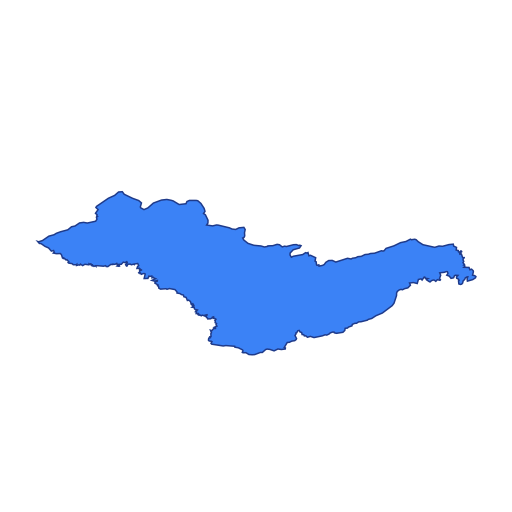 the district of Buhigwe, Kigoma, United Republic of Tanzania, rotated 255°
{"feature_id": "72390352B43433883631580", "entity_name": "Buhigwe", "entity_type": "district", "adm_level": 2, "iso_a3": "TZA", "parent_name": "United Republic of Tanzania", "parent_adm1": "Kigoma", "projection": "equal_earth", "projection_center": [29.939, -4.477], "detail": "fine", "context": "isolated", "style": "filled", "palette": "blue", "viewbox_px": 512, "rotation_deg": 255, "n_neighbors": 0, "source": "geoboundaries", "source_scale": "gbopen_adm2", "svg_char_len": 6103}
<svg xmlns="http://www.w3.org/2000/svg" viewBox="0 0 512 512"><g transform="rotate(255 256 256)"><path d="M324.3,214.2L325.0,213.1L326.9,206.1L326.5,203.4L324.6,201.9L325.6,195.1L330.7,190.2L331.8,188.4L333.7,184.5L334.5,179.2L333.7,170.6L330.4,163.9L329.8,159.8L332.5,157.0L333.4,157.0L336.9,159.1L339.9,157.1L343.6,151.8L349.7,144.7L352.7,143.5L353.4,139.8L351.1,135.1L350.0,128.4L345.2,114.8L344.3,113.9L341.7,115.5L338.8,112.0L336.9,113.2L335.8,112.5L335.2,113.1L334.7,111.9L332.7,111.9L331.1,110.1L331.5,101.6L333.1,98.2L333.6,94.1L331.8,88.9L332.0,85.4L330.0,81.0L330.0,73.5L329.6,69.0L328.8,66.4L328.8,61.1L326.2,53.8L326.0,49.7L326.5,48.9L324.2,50.0L323.6,51.6L319.9,54.7L317.5,57.7L313.7,59.6L313.7,61.9L312.0,62.1L311.3,61.0L309.9,63.8L309.0,67.7L307.5,68.4L304.2,68.6L304.0,69.7L303.4,69.4L302.6,70.8L301.3,71.5L301.4,72.4L298.9,73.7L298.3,72.8L297.6,73.3L296.2,76.4L294.9,77.2L294.1,80.0L294.4,80.7L293.3,80.3L293.3,82.7L292.8,83.4L293.6,84.3L291.6,86.1L292.3,88.6L290.9,91.9L291.6,92.5L290.9,92.7L291.4,93.8L291.2,94.5L290.2,94.3L290.0,95.2L289.6,94.8L288.8,95.2L289.2,95.9L287.9,96.8L288.2,98.2L287.5,98.7L288.0,98.8L287.8,100.0L285.6,106.1L285.6,108.2L284.6,108.6L284.1,110.1L285.5,113.8L284.9,114.8L285.3,115.8L284.7,116.3L284.5,118.0L284.9,119.6L284.0,119.7L283.7,120.3L283.3,119.7L282.5,120.2L282.2,119.4L281.5,121.0L281.6,121.6L283.4,121.4L282.9,123.8L284.4,126.2L283.5,127.8L284.0,129.7L283.1,130.0L281.4,127.8L279.8,128.3L279.7,128.8L281.2,130.1L280.7,132.5L279.8,133.3L279.8,135.7L279.2,136.2L279.7,136.6L279.4,139.8L277.0,140.2L276.5,138.9L274.8,137.8L274.4,140.1L273.4,140.7L273.0,140.1L272.0,142.3L272.0,140.0L270.7,139.4L270.2,138.4L269.6,138.7L270.2,139.2L269.6,139.9L268.0,140.4L268.2,142.6L267.8,143.9L267.2,144.3L263.2,142.1L262.3,145.8L264.3,147.4L263.8,148.0L263.6,150.2L261.8,149.9L262.0,151.3L261.2,151.7L260.1,153.1L259.4,149.1L257.9,151.6L257.9,154.4L257.2,154.1L257.0,151.9L256.0,151.3L253.3,153.9L252.8,153.2L251.8,154.0L250.1,153.8L248.7,155.2L247.7,160.6L246.9,161.4L247.0,163.9L244.5,169.1L241.7,170.4L240.7,170.1L239.3,173.0L238.1,173.9L237.1,175.8L235.3,175.8L234.1,177.8L230.8,178.2L230.8,179.5L229.0,180.9L226.9,180.9L226.6,181.8L226.1,181.1L225.6,181.7L224.8,181.6L224.2,182.4L225.0,183.0L223.9,183.2L223.1,181.0L222.2,183.0L220.9,182.9L219.5,183.8L219.5,184.9L219.0,185.5L217.8,183.2L217.3,184.0L215.9,183.3L215.4,185.5L214.2,185.8L214.1,185.1L213.5,185.7L213.6,186.6L212.4,187.6L212.8,188.7L212.0,190.2L212.0,193.5L211.7,193.6L211.0,191.4L210.4,192.4L209.4,192.2L208.7,193.1L207.7,193.1L207.1,196.0L207.7,198.0L208.2,198.1L208.2,199.2L206.8,198.7L206.7,199.6L205.5,200.9L205.1,200.9L204.6,199.6L203.9,199.9L202.2,199.3L201.0,200.4L200.0,199.6L198.4,200.1L198.0,197.6L197.6,198.3L196.5,198.1L196.5,197.6L197.4,197.1L195.3,194.0L196.1,192.8L193.4,193.1L192.7,192.3L189.8,191.7L189.9,190.5L188.9,190.6L188.9,189.1L187.6,188.5L186.7,188.3L186.0,188.9L185.2,190.8L184.6,191.3L183.3,189.9L182.3,190.4L177.6,201.0L177.3,203.7L174.3,212.1L173.4,212.0L171.9,215.2L168.8,218.7L167.7,218.9L166.5,217.8L165.9,218.4L165.2,221.3L162.7,223.6L161.6,226.7L161.1,229.2L161.7,235.2L161.2,237.2L163.2,241.2L163.2,242.7L162.2,245.2L159.7,248.9L160.5,253.1L159.1,256.3L158.6,260.2L159.6,260.6L160.3,259.6L164.4,263.8L164.0,265.9L164.5,268.5L164.2,271.5L164.9,273.1L165.7,273.8L169.2,273.1L170.3,274.4L171.3,274.6L171.3,275.4L173.0,277.1L172.9,278.5L171.3,278.8L170.3,280.3L168.2,280.2L167.7,281.7L166.3,282.0L166.0,283.4L164.2,284.7L164.3,287.7L162.2,290.9L161.7,299.4L162.0,302.3L161.3,303.9L161.8,306.6L162.5,307.8L162.7,310.2L162.3,311.7L161.5,311.8L160.5,313.7L159.8,320.2L161.1,322.5L163.1,323.4L162.7,325.7L163.4,326.9L163.7,330.6L165.0,331.3L165.4,334.0L165.0,335.7L165.8,338.1L165.3,340.5L165.2,346.9L165.7,348.1L165.7,351.6L167.3,356.5L168.2,363.3L172.8,374.7L174.7,377.1L181.4,381.5L183.8,382.2L185.2,383.3L186.2,385.7L186.2,387.5L185.5,388.7L186.0,391.2L185.9,394.4L187.8,397.6L190.2,397.3L189.6,401.2L187.7,404.6L191.3,406.8L191.2,409.5L189.8,410.2L192.1,413.0L191.9,413.6L190.7,413.8L189.7,416.0L189.4,414.4L188.9,414.5L186.2,416.9L185.9,417.5L186.8,419.2L186.9,421.0L186.5,422.0L185.0,423.1L186.2,425.1L184.9,427.4L185.3,428.0L186.7,427.4L189.6,429.4L192.2,429.1L191.5,433.8L191.7,435.7L191.3,436.8L189.5,436.9L188.1,435.3L186.5,437.5L183.9,438.6L183.8,441.2L185.6,442.6L185.8,443.6L185.0,446.0L183.8,444.2L182.5,444.1L181.7,445.2L180.0,445.9L179.7,445.2L176.5,444.7L175.6,446.1L175.6,447.4L176.4,448.6L178.3,449.6L179.4,451.6L180.7,452.5L181.2,454.5L181.1,455.2L179.3,454.0L177.0,453.7L177.1,459.2L178.1,462.3L179.2,463.1L180.4,462.2L181.4,460.2L184.5,461.9L185.5,462.0L187.5,460.8L187.3,459.1L189.8,458.8L191.3,453.9L191.9,455.0L193.2,455.1L193.5,454.4L193.9,455.1L196.0,454.2L197.1,455.3L198.7,454.9L200.5,456.3L200.4,457.4L200.9,455.2L204.8,454.9L204.9,453.4L205.8,453.4L206.9,455.8L207.5,455.7L207.9,455.3L207.0,453.3L207.7,452.6L208.9,452.8L209.9,450.9L212.4,451.9L214.4,449.5L216.4,449.6L217.1,445.3L217.1,438.7L218.3,435.3L218.1,430.9L223.7,420.2L227.8,416.4L230.3,414.9L231.1,413.7L231.5,410.3L232.3,409.5L231.2,404.6L231.5,399.1L230.1,391.8L229.7,383.6L227.9,381.0L227.9,379.9L228.6,378.5L228.0,371.2L228.8,367.2L228.6,365.0L229.2,361.7L228.4,357.6L229.0,354.2L228.5,351.8L228.9,348.6L228.5,347.1L230.1,343.8L229.5,331.5L232.0,328.5L232.8,325.0L231.8,321.8L230.1,319.7L229.7,317.8L229.9,314.3L231.2,314.4L231.2,312.6L231.7,312.2L234.9,312.6L235.8,311.7L238.9,313.2L242.6,308.8L242.5,307.2L245.9,307.1L245.6,306.1L246.4,304.8L245.3,301.5L246.1,292.0L245.7,289.8L248.2,289.1L250.0,289.7L252.4,293.6L252.5,300.1L254.3,302.2L255.1,301.1L255.0,300.1L256.6,297.9L257.2,295.1L257.3,287.8L258.1,286.2L258.0,283.7L260.8,281.6L261.8,279.4L261.6,274.9L262.7,270.1L262.3,269.8L262.5,266.5L264.4,263.4L266.9,256.7L270.3,251.5L274.7,248.3L276.8,247.8L277.0,249.2L278.3,250.3L281.4,250.9L284.4,252.4L286.8,251.7L287.6,246.9L286.9,243.3L288.2,239.9L290.1,237.6L295.6,227.5L296.2,225.9L296.3,221.9L298.7,216.3L300.3,218.1L303.0,218.9L308.9,217.8L310.6,216.3L312.3,218.3L315.5,218.2L321.0,216.4L324.3,214.2Z" fill="#3b82f6" stroke="#1e3a8a" stroke-width="1.5"/></g></svg>